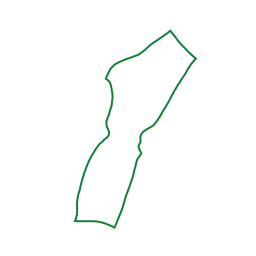 Shibam, Hadramawt, Yemen, rotated 201°
{"feature_id": "15242507B68868493059781", "entity_name": "Shibam", "entity_type": "district", "adm_level": 2, "iso_a3": "YEM", "parent_name": "Yemen", "parent_adm1": "Hadramawt", "projection": "mercator", "projection_center": [48.641, 15.882], "detail": "fine", "context": "isolated", "style": "outline", "palette": "green", "viewbox_px": 256, "rotation_deg": 201, "n_neighbors": 0, "source": "geoboundaries", "source_scale": "gbopen_adm2", "svg_char_len": 3626}
<svg xmlns="http://www.w3.org/2000/svg" viewBox="0 0 256 256"><g transform="rotate(201 128 128)"><path d="M104.9,30.2L104.9,31.0L104.7,34.2L104.7,35.3L104.7,37.2L104.6,40.1L104.6,43.0L104.5,44.9L104.5,45.7L104.5,46.4L104.5,48.0L104.5,48.9L104.5,50.1L104.5,51.3L104.6,52.8L104.7,53.8L104.9,55.0L104.9,57.0L105.0,57.6L105.3,60.3L105.3,61.3L105.4,62.5L105.6,65.0L105.5,68.3L105.6,69.3L105.6,70.7L105.6,71.9L105.6,73.6L105.6,74.9L105.7,76.5L105.8,78.1L105.8,79.0L105.9,80.0L105.9,81.1L106.0,83.8L106.1,84.7L106.3,86.1L106.5,87.6L106.6,88.7L106.8,89.7L107.0,90.9L107.1,93.3L107.4,95.5L107.7,97.6L107.9,99.2L108.0,99.8L108.1,102.2L107.4,104.8L106.5,109.2L109.7,112.1L111.0,113.5L111.1,113.9L111.2,114.0L111.3,114.4L111.7,115.7L111.3,118.9L111.4,119.3L111.5,119.5L111.5,119.8L111.5,120.0L111.7,120.5L111.8,120.6L112.1,121.4L113.1,123.4L113.5,125.5L113.2,128.0L112.3,130.2L111.3,131.6L110.8,132.3L110.1,133.3L109.5,134.2L108.1,135.9L106.5,137.8L105.3,139.7L104.4,141.6L103.8,144.0L103.2,146.2L102.8,148.0L102.5,149.3L102.4,150.2L102.1,151.5L102.1,152.0L101.8,153.7L101.5,155.6L101.4,156.1L101.0,158.7L100.5,161.2L100.0,164.0L99.6,166.4L99.4,167.8L99.2,168.9L99.0,171.3L98.7,174.3L98.2,176.5L98.1,178.9L97.6,181.2L97.2,183.7L96.9,185.9L96.2,188.8L96.1,189.3L95.7,191.8L95.2,193.8L95.2,194.0L95.1,194.4L94.6,196.4L94.2,198.1L94.0,198.8L93.6,201.1L93.4,203.3L93.3,203.6L93.0,205.5L92.7,206.9L92.5,208.0L92.1,209.5L91.9,210.4L91.0,213.2L90.3,215.2L89.6,217.3L90.0,217.4L90.4,217.4L90.8,217.6L92.4,218.1L94.7,219.0L96.7,219.8L98.7,220.6L101.3,221.9L103.2,222.8L106.0,224.0L108.6,225.2L109.7,225.8L110.9,226.4L112.9,227.6L113.9,228.2L114.9,228.9L116.0,229.6L117.1,230.3L118.6,231.1L119.4,231.6L120.2,232.1L122.0,233.1L123.4,233.9L123.8,233.1L124.2,232.6L125.1,230.9L125.2,230.7L126.6,228.7L128.1,226.4L129.6,224.2L131.0,222.1L132.7,219.7L134.3,217.5L135.8,215.2L137.0,213.3L137.3,212.6L138.3,210.9L139.3,208.8L139.8,207.7L140.4,206.6L141.2,205.1L142.1,203.8L142.8,202.7L144.2,200.7L145.3,199.5L146.0,198.8L147.9,197.2L148.2,196.9L148.5,196.7L149.8,195.5L152.4,193.3L154.2,191.8L155.2,190.9L156.1,190.0L158.0,188.2L159.5,186.7L160.0,186.2L161.7,184.3L162.3,183.5L163.1,182.5L164.2,180.3L165.2,177.9L165.6,176.3L165.7,175.6L165.8,174.8L166.0,173.5L166.2,170.8L166.4,168.0L166.4,166.8L166.4,166.0L164.9,165.8L163.7,165.4L162.9,165.0L162.2,164.6L160.9,163.6L159.1,161.5L159.1,161.4L157.3,158.6L155.7,156.0L155.0,154.7L154.4,153.4L153.7,151.9L153.4,151.3L153.1,150.0L152.8,148.6L152.1,145.9L151.9,145.1L151.5,143.9L151.2,141.7L151.2,141.0L151.1,140.5L151.1,138.3L150.8,135.5L150.6,133.3L150.7,131.0L150.6,128.7L150.6,126.6L149.8,124.6L148.6,122.1L147.2,120.7L145.8,119.2L145.7,119.1L145.4,118.8L144.7,118.1L144.2,117.5L144.0,116.8L143.8,116.0L143.4,114.0L144.1,111.8L146.0,108.8L146.9,106.4L148.0,104.4L148.9,102.5L149.5,100.5L150.0,98.8L150.1,98.5L150.8,95.4L151.4,91.9L152.0,88.8L152.3,86.0L152.6,83.6L152.7,80.8L152.8,78.6L152.8,75.8L152.8,75.0L152.7,73.2L152.7,71.1L152.7,70.3L152.5,68.2L152.4,66.0L152.4,65.6L152.2,63.7L152.0,61.1L151.8,59.4L151.7,58.4L151.6,57.6L151.3,55.9L150.9,53.5L150.9,52.7L150.8,51.2L150.6,48.9L150.6,48.6L150.3,46.3L150.1,45.3L149.9,44.2L149.4,42.2L148.8,39.8L148.0,37.9L147.0,35.7L146.4,34.0L146.3,33.7L145.9,32.7L145.5,31.6L145.1,30.4L144.7,29.4L144.4,26.8L144.2,25.1L144.2,24.7L144.2,22.1L142.1,22.9L140.1,23.5L139.8,23.6L137.3,24.6L135.3,25.3L133.6,26.0L133.3,26.1L131.3,26.9L129.1,27.7L128.6,27.9L126.5,28.7L124.4,29.3L123.1,29.7L122.2,29.9L119.3,30.3L117.2,30.6L115.7,30.7L115.1,30.7L113.4,30.7L112.9,30.7L109.9,30.6L106.9,30.4L106.3,30.3L104.9,30.2Z" fill="none" stroke="#15803d" stroke-width="2"/></g></svg>